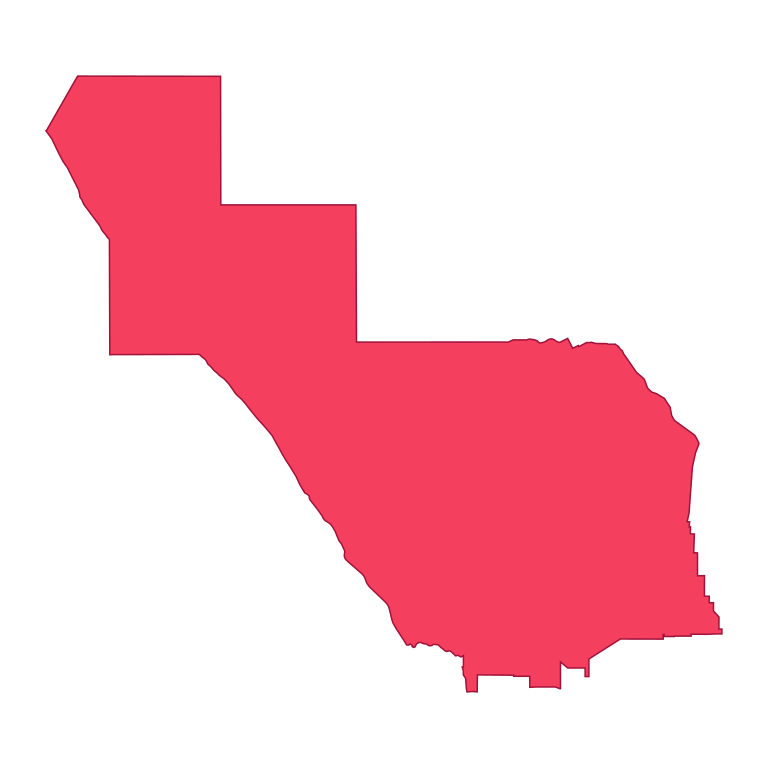 Wandering, Western Australia, Australia
{"feature_id": "25037944B32288278809201", "entity_name": "Wandering", "entity_type": "district", "adm_level": 2, "iso_a3": "AUS", "parent_name": "Australia", "parent_adm1": "Western Australia", "projection": "albers", "projection_center": [116.618, -32.526], "detail": "fine", "context": "isolated", "style": "filled", "palette": "rose", "viewbox_px": 768, "rotation_deg": 0, "n_neighbors": 0, "source": "geoboundaries", "source_scale": "gbopen_adm2", "svg_char_len": 5941}
<svg xmlns="http://www.w3.org/2000/svg" viewBox="0 0 768 768"><path d="M46.1,131.0L51.3,138.1L51.6,138.6L52.0,139.2L52.3,139.9L59.0,153.8L63.0,161.4L63.6,162.3L67.1,167.2L68.1,169.1L74.1,181.0L78.5,189.7L78.7,190.2L78.8,190.6L78.9,191.3L79.6,194.1L79.8,196.4L80.0,197.1L80.2,197.4L80.5,197.9L81.8,199.8L82.9,202.3L83.6,203.9L84.0,204.6L86.1,207.5L86.6,208.0L90.6,213.5L97.3,222.4L99.7,225.7L100.4,227.0L101.5,229.4L102.3,230.7L102.8,231.4L104.9,233.8L107.6,237.6L108.2,238.2L109.0,239.0L109.4,239.7L109.8,354.7L113.5,354.6L124.0,354.6L199.4,354.4L201.6,356.6L204.9,359.2L205.7,360.1L206.4,361.1L206.8,361.8L207.5,363.3L207.6,363.7L208.1,364.3L208.4,364.6L210.2,366.1L210.9,366.8L213.7,370.1L214.0,370.4L214.5,370.9L217.3,373.2L218.8,374.8L219.6,375.5L223.5,378.4L224.3,379.0L228.1,383.1L228.9,384.1L230.5,386.3L231.3,387.6L232.0,388.4L234.9,392.7L235.5,393.5L235.9,394.0L239.0,397.0L241.3,399.0L242.1,399.8L246.1,404.5L249.5,409.0L255.1,415.9L258.8,420.3L262.2,423.9L265.4,427.5L271.8,435.1L272.3,435.9L272.7,436.6L275.6,442.1L279.1,448.2L281.9,453.4L283.1,455.5L285.7,459.9L290.1,466.7L291.0,468.1L296.1,476.5L297.0,478.4L299.1,483.1L299.6,484.1L300.4,485.6L301.7,487.8L303.3,490.5L303.4,490.3L303.5,490.3L303.6,490.7L303.7,490.9L304.2,491.9L304.5,492.5L305.1,493.1L307.3,494.3L308.0,494.9L309.1,496.0L309.2,496.3L309.3,496.6L309.2,497.6L309.3,497.9L309.7,499.2L309.9,499.6L310.4,500.3L311.6,501.7L311.9,502.2L311.9,502.4L312.5,503.0L312.9,503.5L318.9,511.3L322.0,515.7L322.2,516.1L322.9,517.7L323.2,518.2L323.6,518.8L324.0,519.3L324.3,519.8L325.0,520.4L325.8,521.0L328.7,522.8L329.9,523.7L330.7,524.5L331.4,525.3L332.6,526.9L334.5,530.2L335.4,531.8L337.3,536.7L338.7,540.0L339.3,541.2L339.8,541.9L340.7,542.9L341.1,543.4L341.5,544.1L343.4,548.1L344.2,549.8L344.5,550.6L344.6,551.0L344.7,551.8L344.6,552.7L344.3,555.0L344.3,556.0L344.4,556.5L344.5,557.0L344.8,557.9L345.3,558.8L345.5,559.2L347.5,561.2L349.8,563.3L360.8,572.8L362.0,573.9L363.1,575.1L364.1,576.5L364.5,577.2L364.8,577.9L365.2,578.7L366.2,581.6L366.7,582.8L367.3,583.8L367.7,584.4L368.6,585.8L369.7,587.0L371.7,589.0L385.5,602.2L386.2,603.0L387.3,604.4L388.1,605.7L388.5,606.6L388.8,607.3L389.3,608.7L391.9,619.7L392.1,620.5L392.6,621.8L392.9,622.6L393.1,623.2L395.2,626.9L396.6,629.3L404.1,640.7L405.2,642.5L406.6,645.0L409.0,645.0L409.2,644.5L409.4,644.3L409.9,644.0L410.1,644.0L410.7,644.3L411.1,644.6L411.4,644.9L411.6,645.0L412.0,645.1L412.1,645.3L412.3,645.5L412.3,645.9L412.1,646.3L412.1,646.5L412.3,646.8L412.7,646.8L412.9,646.8L413.1,646.9L413.3,647.3L413.6,647.4L414.1,647.3L414.6,647.1L414.9,647.0L415.1,646.8L415.3,646.5L416.1,644.7L416.3,644.3L416.9,643.7L417.1,643.5L417.4,643.3L419.3,642.5L419.7,642.4L420.0,642.4L420.8,642.5L421.0,642.5L422.7,643.4L423.0,643.5L423.4,643.4L423.5,643.4L423.8,643.7L424.1,643.8L425.2,643.9L425.9,643.8L426.2,643.9L426.5,644.0L427.9,645.1L428.4,645.3L428.9,645.6L429.9,645.8L430.3,645.8L431.0,645.7L432.1,645.3L432.3,645.2L432.7,644.9L433.1,644.6L433.5,644.5L434.1,644.4L435.0,644.4L436.3,644.7L436.9,644.7L437.2,644.7L437.5,644.6L437.8,644.6L438.0,644.6L438.6,645.2L438.7,645.3L439.1,645.8L440.0,646.4L441.1,647.7L441.5,648.0L442.0,648.2L442.7,648.6L442.9,648.8L443.0,649.1L443.4,649.5L444.0,650.0L445.2,650.8L445.5,651.0L446.3,651.4L446.7,651.4L447.1,651.4L447.6,651.3L448.6,651.0L449.0,650.9L449.6,650.9L450.0,651.0L450.3,651.1L451.1,651.7L452.2,652.6L452.5,652.9L453.3,653.7L453.9,654.2L455.0,655.3L455.2,655.5L455.4,655.8L455.8,655.8L456.2,655.8L457.2,655.4L457.6,655.3L458.2,655.5L458.7,655.7L460.0,656.5L460.8,656.8L461.0,656.9L461.6,656.8L462.4,656.2L463.0,655.8L463.4,655.6L463.4,659.8L463.4,667.0L462.2,667.0L463.3,671.0L463.3,674.8L465.6,678.4L466.4,688.7L467.0,691.9L468.0,691.9L472.2,691.5L477.2,691.9L477.4,674.9L513.7,675.2L513.7,676.3L529.7,676.3L529.7,680.0L529.8,680.0L529.8,687.3L535.5,687.0L555.5,687.0L560.1,688.8L560.5,688.5L560.5,662.0L567.8,668.0L585.1,668.0L585.1,676.6L588.9,676.6L588.9,659.0L620.4,639.0L663.2,639.1L663.2,634.5L664.1,634.5L664.1,636.5L674.3,636.5L674.3,636.1L691.1,636.1L691.1,634.2L706.5,634.3L717.0,633.9L721.9,633.9L721.9,629.1L718.9,629.1L719.0,617.0L713.5,611.0L713.5,602.7L709.2,602.7L709.2,596.2L704.4,596.2L704.5,575.7L697.5,575.7L697.5,552.9L693.7,552.7L694.4,534.0L690.8,533.9L690.4,533.4L690.5,527.2L690.5,526.8L689.6,526.8L689.3,526.9L689.3,525.9L689.6,521.8L687.1,521.8L688.7,514.8L689.1,512.7L689.2,511.2L692.4,467.1L692.5,466.5L695.6,452.6L698.6,444.9L698.8,444.2L698.9,443.9L698.9,443.4L698.8,443.2L698.7,442.6L695.9,437.1L695.1,435.8L694.7,435.2L694.4,435.0L675.6,421.3L674.9,420.8L674.5,420.4L674.3,420.3L674.1,419.9L671.9,416.0L671.7,415.5L671.6,415.3L670.3,407.7L670.2,407.3L669.8,406.7L666.4,401.6L664.8,399.0L664.5,398.4L664.2,398.3L656.8,393.8L651.6,392.0L648.1,388.6L647.7,387.9L647.4,387.5L647.2,387.1L644.7,380.2L644.5,379.7L644.1,379.1L643.6,378.5L643.2,378.1L637.1,372.9L636.6,372.4L636.1,371.8L625.7,356.7L624.5,355.1L623.4,353.4L622.3,350.7L620.5,349.4L618.7,346.8L618.2,346.3L617.7,345.8L617.2,345.5L615.9,344.8L615.5,344.5L615.1,344.1L614.9,344.2L614.2,344.2L608.3,344.2L607.8,344.1L607.3,343.8L607.0,343.6L606.7,343.6L596.2,343.5L595.4,343.4L591.5,342.3L591.0,342.3L590.4,342.5L588.7,342.6L586.7,342.5L584.9,343.4L585.0,343.5L578.8,346.6L578.3,345.5L572.7,348.3L567.7,338.4L559.9,342.3L559.5,342.4L559.2,342.4L558.9,342.4L558.6,342.3L557.3,341.6L556.0,341.1L555.7,341.0L554.6,340.1L554.2,339.7L553.7,339.5L552.4,339.0L552.1,338.9L551.7,338.9L551.4,338.9L549.2,339.2L548.7,339.4L547.0,340.4L545.0,341.8L541.0,342.9L540.4,343.0L539.8,342.9L539.2,342.7L538.7,342.3L537.6,341.2L537.0,340.7L534.9,339.9L534.1,339.7L529.7,339.1L529.0,339.2L528.3,339.3L527.9,339.4L527.1,339.8L526.7,340.0L525.2,339.9L515.8,339.9L515.4,339.9L513.2,339.9L512.8,340.0L508.8,341.9L508.4,342.0L508.1,342.1L502.7,342.1L502.4,342.0L356.5,342.1L355.9,204.9L220.8,204.9L220.6,89.4L220.6,76.3L77.6,76.1L46.2,131.0L46.1,131.0Z" fill="#f43f5e" stroke="#9f1239" stroke-width="1.5"/></svg>